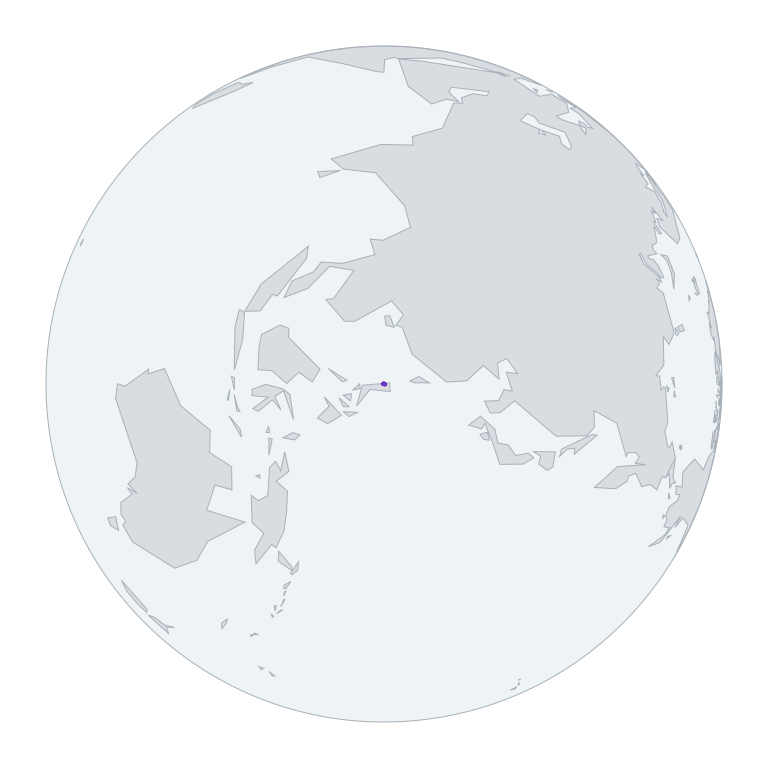 Abra on an orthographic globe, rotated 84°
{"feature_id": "PHL-2542", "entity_name": "Abra", "entity_type": "Province", "adm_level": 1, "iso_a3": "PHL", "parent_name": "Philippines", "parent_adm1": "", "projection": "orthographic", "projection_center": [120.806, 17.561], "detail": "fine", "context": "on_globe", "style": "filled", "palette": "violet", "viewbox_px": 768, "rotation_deg": 84, "n_neighbors": 0, "source": "natural_earth", "source_scale": "10m", "svg_char_len": 10868}
<svg xmlns="http://www.w3.org/2000/svg" viewBox="0 0 768 768"><g transform="rotate(84 384 384)"><circle cx="384" cy="384" r="338" fill="#eef3f6" stroke="#a8b0b8"/><path d="M662.9,523.3L662.5,525.5L662.2,525.9L662.9,523.3ZM581.8,110.0L582.2,110.4L556.3,96.4L548.3,100.7L557.1,109.7L546.3,102.7L570.5,126.1L573.5,138.0L563.2,120.2L556.8,115.3L555.3,120.5L548.5,116.8L543.8,117.5L535.7,112.9L530.3,104.1L525.0,101.2L524.3,105.3L515.7,104.1L517.6,98.3L502.8,95.9L491.1,82.9L502.7,75.4L489.4,68.1L483.1,61.2L476.8,59.6L470.4,57.3L460.8,54.9L461.3,55.0L487.0,62.2L512.1,71.3L536.3,82.3L559.6,95.3L581.8,110.0ZM454.7,53.6L453.3,53.3L453.7,53.5L449.9,52.8L444.2,51.8L445.2,51.7L448.2,52.2L446.3,51.9L454.7,53.6ZM701.6,290.5L698.9,283.5L701.0,285.8L701.6,290.5ZM696.8,280.8L697.9,282.8L696.9,281.4L696.8,280.8ZM695.9,280.7L696.6,280.8L696.1,281.5L695.9,280.7ZM695.0,281.7L695.4,280.8L695.4,281.2L695.0,281.7ZM692.5,280.8L691.8,280.4L691.9,278.9L692.5,280.8ZM585.7,112.9L583.7,111.5L582.7,110.6L585.7,112.9ZM575.7,107.3L572.9,105.0L581.0,110.2L580.1,109.8L575.7,107.3ZM564.9,117.6L564.9,114.8L567.3,119.0L564.9,117.6ZM544.6,118.5L546.8,120.7L543.4,120.3L544.6,118.5ZM528.0,113.1L521.9,112.2L527.1,111.5L528.0,113.1ZM517.7,110.7L503.1,109.8L506.8,114.1L488.2,102.0L506.8,106.3L512.7,104.4L513.0,107.8L517.7,110.7ZM456.3,54.1L455.6,53.8L461.4,55.2L456.3,54.1ZM460.9,55.2L484.2,62.3L482.4,62.9L474.9,60.0L476.8,62.3L464.4,59.0L460.7,57.1L464.3,57.1L456.8,56.0L460.9,55.2ZM480.3,96.0L475.9,94.8L479.5,94.5L480.3,96.0ZM448.8,52.7L453.6,53.8L452.4,54.3L442.4,52.3L446.0,52.7L448.8,52.7ZM483.3,64.9L480.6,65.3L469.9,62.6L467.4,62.5L464.0,59.1L483.3,64.9ZM443.4,52.1L437.4,51.4L432.8,50.3L443.9,51.8L443.4,52.1ZM456.3,55.4L455.2,55.6L452.5,54.8L456.3,55.4ZM413.3,47.4L419.1,48.0L413.3,47.4ZM435.4,51.2L437.0,51.6L437.6,51.9L432.8,51.3L435.4,51.2ZM456.7,57.7L452.7,56.7L457.5,58.9L449.7,57.5L448.8,55.6L445.9,55.9L443.5,55.5L445.5,54.5L456.7,57.7ZM429.8,51.9L426.0,50.0L415.1,48.5L415.0,48.1L432.4,50.7L429.8,51.9ZM438.8,53.4L433.2,52.3L435.8,52.1L441.3,52.8L438.8,53.4ZM444.6,57.4L456.9,60.0L456.7,60.4L444.6,57.4ZM426.1,51.4L427.1,52.0L425.0,51.3L426.1,51.4ZM438.4,55.4L442.7,56.2L442.3,56.6L438.4,55.4ZM425.4,52.7L424.2,51.9L427.9,52.2L425.4,52.7ZM430.9,53.9L429.4,54.4L430.0,52.7L432.9,54.2L430.9,53.9ZM437.3,55.7L438.5,56.2L435.5,55.4L437.3,55.7ZM412.1,52.6L412.0,50.5L420.2,50.9L419.2,52.7L412.1,52.6ZM99.8,201.2L103.8,195.5L94.1,215.8L94.6,222.8L114.1,199.3L113.3,187.1L124.0,172.9L133.2,171.9L135.5,184.6L139.7,179.6L147.3,162.6L157.1,157.4L151.0,156.3L146.6,162.7L142.8,162.7L146.5,157.0L149.8,155.0L151.7,149.9L135.5,161.9L129.3,169.7L128.7,164.7L118.3,177.7L114.9,180.9L131.2,160.5L136.6,154.7L159.3,131.7L154.8,135.7L177.0,116.9L200.8,100.1L198.7,101.6L214.2,92.5L214.7,92.8L205.4,97.7L197.2,103.0L191.1,110.5L193.8,109.8L204.4,103.7L201.3,107.3L212.4,100.5L215.3,103.4L221.0,94.8L233.6,89.1L242.4,87.7L247.6,84.7L233.2,87.1L226.5,89.7L219.2,94.2L201.9,101.9L201.2,101.2L223.2,88.4L224.6,86.5L241.1,78.8L269.8,74.5L275.1,77.5L256.5,93.4L247.8,95.2L250.1,89.9L235.9,99.7L242.8,96.4L240.3,99.9L251.7,96.6L250.5,98.9L263.5,92.3L263.3,94.8L255.1,99.0L271.7,97.8L274.8,103.1L279.1,101.8L282.9,99.0L284.2,108.4L287.4,107.1L288.2,103.4L295.0,98.8L307.5,94.6L307.3,98.0L302.7,100.0L292.8,110.0L280.8,115.5L281.9,116.6L292.4,112.7L304.5,100.4L312.1,97.0L307.6,102.6L309.8,100.3L313.5,99.8L317.0,102.7L322.5,96.8L363.6,90.1L374.4,96.4L365.8,101.3L394.3,103.7L404.2,112.8L404.9,109.0L419.0,109.1L416.1,106.1L417.5,104.5L452.5,105.9L460.5,109.7L476.3,108.3L476.7,106.7L471.7,103.5L488.2,102.0L506.8,114.1L505.0,117.0L517.8,123.6L511.9,129.7L513.0,138.5L499.1,143.0L501.2,150.4L506.0,152.3L512.4,164.6L508.9,185.5L490.5,160.2L491.6,132.1L489.3,142.3L483.5,137.9L478.8,140.5L477.7,148.5L481.5,150.7L447.4,156.6L432.3,178.0L448.7,179.1L456.7,187.8L453.9,218.3L414.4,255.8L424.7,271.8L423.8,281.4L411.6,285.8L412.5,271.7L402.1,265.2L404.5,257.2L385.1,261.1L387.7,249.9L371.4,259.3L375.1,269.0L391.3,269.0L376.0,283.2L389.5,301.5L388.6,321.5L357.3,352.9L329.3,359.9L327.0,366.1L317.2,357.4L302.1,367.8L318.6,406.4L317.4,416.7L293.9,432.9L293.8,425.2L267.8,402.1L261.3,425.9L280.9,449.6L287.6,474.4L271.8,464.5L265.2,442.5L256.1,433.7L259.7,412.7L254.4,379.5L238.5,382.6L240.9,370.0L231.1,341.3L209.0,344.8L173.0,370.3L166.1,401.8L154.6,412.9L145.4,361.8L149.5,330.0L140.9,330.0L135.7,299.2L111.8,285.2L113.0,276.3L107.5,277.3L104.6,265.3L108.2,251.3L104.3,249.1L95.8,286.2L100.5,289.0L110.9,280.2L107.2,292.5L110.6,307.4L90.2,328.9L62.3,335.4L67.3,311.1L86.5,238.5L90.2,232.5L90.7,231.7L91.4,230.3L85.1,239.4L91.0,226.1L72.4,273.3L65.9,292.4L61.8,336.4L60.3,339.1L61.3,349.5L74.0,351.5L72.4,359.2L61.6,389.9L50.8,425.1L56.7,461.0L63.6,489.1L65.1,495.8L58.1,473.3L52.6,450.3L48.8,427.0L46.6,403.4L46.1,379.8L47.2,356.2L50.0,332.8L54.4,309.6L60.4,286.7L68.0,264.3L77.1,242.6L87.7,221.5L99.8,201.2ZM151.3,139.0L131.7,159.6L134.4,156.3L127.9,163.5L133.9,156.7L134.6,156.0L134.8,155.7L151.3,139.0ZM129.9,213.0L136.4,221.1L147.3,202.2L150.7,204.1L153.1,197.4L148.0,200.8L156.0,183.5L163.8,182.3L170.1,175.3L168.2,172.4L152.6,177.6L141.0,201.9L133.7,206.7L129.9,213.0ZM290.7,59.2L289.1,59.7L286.0,60.6L290.7,59.2ZM435.9,50.1L439.8,50.7L437.1,50.5L430.7,49.8L426.3,49.2L429.4,49.3L421.1,48.5L422.2,48.3L416.0,47.7L411.7,47.2L435.9,50.1ZM376.5,46.2L376.1,46.2L383.1,46.6L397.2,47.1L400.1,47.7L393.7,47.5L401.1,48.3L391.1,48.7L392.9,49.3L384.9,50.8L371.6,50.9L374.7,51.7L368.7,53.5L357.5,54.3L363.0,52.5L346.6,55.0L347.6,53.1L345.6,53.5L342.1,52.7L334.4,52.7L336.4,51.9L332.5,52.3L330.1,52.1L325.4,52.7L327.5,51.6L321.9,52.3L326.1,51.5L316.0,53.2L324.4,51.6L322.0,51.8L315.1,53.3L319.4,52.3L347.8,48.0L376.5,46.2ZM409.5,52.9L393.4,52.4L386.0,51.4L403.0,49.4L402.8,48.8L413.4,48.5L423.9,50.2L419.9,50.0L418.4,50.3L415.7,49.6L416.8,50.4L411.3,50.4L410.6,51.2L405.6,50.7L409.5,52.9ZM205.3,98.1L205.3,98.6L202.6,100.2L199.5,101.9L205.3,98.1ZM309.1,64.8L313.4,63.1L315.0,63.2L327.1,60.7L327.3,62.5L320.1,64.7L309.1,64.8ZM110.1,201.6L106.0,204.4L107.6,200.8L108.7,200.5L110.1,201.6ZM111.7,185.7L108.1,192.4L110.4,187.4L111.7,185.7ZM311.3,66.3L316.3,65.0L313.3,66.8L311.3,66.3ZM328.1,63.7L325.8,65.6L328.7,62.4L328.1,63.7ZM208.3,667.4L215.3,671.7L211.9,670.5L208.3,667.4ZM77.0,501.7L89.9,545.8L85.8,541.3L78.2,525.4L68.7,497.1L71.1,493.9L70.4,482.7L77.0,501.7ZM373.3,538.0L383.8,540.2L383.5,541.6L373.3,538.0ZM362.3,532.0L374.2,533.5L360.3,535.0L362.3,532.0ZM378.9,534.1L391.0,532.2L396.2,530.2L395.4,533.2L378.9,534.1ZM354.3,531.4L311.4,526.2L294.7,520.0L298.4,515.2L325.4,520.0L354.3,531.4ZM297.1,514.8L271.9,495.8L239.1,444.8L250.8,447.8L285.4,480.9L283.1,485.3L298.4,499.7L297.1,514.8ZM359.0,494.0L356.6,507.9L332.8,504.1L322.0,500.6L314.6,481.4L318.7,472.7L327.5,474.1L362.5,446.1L374.5,455.1L363.4,467.4L373.3,480.8L359.0,494.0ZM167.1,405.2L171.9,426.2L165.9,427.7L167.1,405.2ZM377.5,425.2L362.8,437.8L376.5,420.4L377.5,425.2ZM386.1,408.3L386.6,415.5L381.2,408.1L386.1,408.3ZM325.8,375.8L316.6,376.3L316.7,371.2L328.8,367.7L325.8,375.8ZM387.7,338.5L386.0,353.2L383.7,358.0L380.2,348.7L387.7,338.5ZM320.1,85.8L303.1,86.6L291.0,89.8L284.3,95.0L286.4,88.7L305.0,83.7L320.1,85.8ZM358.2,88.8L364.0,85.2L366.4,87.3L365.4,88.4L358.2,88.8ZM358.2,86.3L356.0,81.3L362.4,79.7L362.9,83.9L358.2,86.3ZM332.9,71.9L327.9,71.8L330.4,70.2L332.9,71.9ZM583.1,643.3L586.4,643.9L576.7,652.2L563.6,661.2L551.8,665.7L583.1,643.3ZM488.4,672.8L487.9,664.8L501.9,663.2L496.2,670.7L488.4,672.8ZM592.3,636.3L600.9,627.3L604.2,617.8L603.2,625.9L610.0,624.1L589.3,642.6L592.3,636.3ZM436.6,637.8L370.6,652.4L355.9,649.0L359.1,641.6L344.6,616.6L349.3,617.5L345.6,600.7L384.3,588.5L411.9,561.7L434.0,564.6L450.4,544.2L473.4,546.3L466.8,562.6L491.0,573.6L506.8,536.7L522.0,575.6L539.8,588.5L545.3,611.4L514.9,650.5L497.1,658.4L493.4,655.3L486.1,659.2L474.3,658.0L467.4,646.2L460.2,650.0L467.0,640.9L456.6,649.0L450.3,641.2L436.6,637.8ZM601.3,564.5L604.8,565.1L610.3,570.7L604.8,570.4L601.3,564.5ZM654.0,533.4L655.6,536.1L652.0,537.8L654.0,533.4ZM662.2,525.9L657.9,528.3L662.9,523.3L662.2,525.9ZM619.4,539.8L621.2,542.0L619.7,543.0L619.4,539.8ZM618.0,539.2L620.1,535.1L619.8,539.0L618.0,539.2ZM601.3,520.2L603.4,517.9L604.3,519.4L601.3,520.2ZM399.4,541.5L414.0,531.7L422.0,531.3L399.4,541.5ZM598.2,516.1L592.9,516.3L593.4,514.1L598.2,516.1ZM598.5,511.1L597.9,508.2L601.3,514.9L598.5,511.1ZM588.3,505.2L594.8,510.1L587.5,505.9L588.3,505.2ZM584.4,506.2L579.7,504.2L580.1,503.2L584.4,506.2ZM532.0,512.6L549.5,530.1L535.6,530.0L519.9,519.1L508.0,529.6L480.7,527.7L486.8,521.3L483.0,511.3L455.1,506.5L449.5,499.8L459.3,495.8L441.0,489.8L461.0,487.7L469.3,501.4L480.7,491.2L500.5,494.2L519.9,498.8L535.7,508.6L532.0,512.6ZM461.3,517.1L464.8,517.3L461.8,521.1L461.3,517.1ZM570.8,497.3L577.6,503.5L576.8,505.1L573.5,504.3L570.8,497.3ZM539.3,506.2L556.2,494.8L560.2,494.9L549.1,507.7L539.3,506.2ZM552.0,487.7L559.9,489.1L564.2,495.2L562.6,496.9L552.0,487.7ZM420.4,502.8L419.6,506.5L414.5,503.2L420.4,502.8ZM427.1,501.0L442.7,505.9L425.7,504.1L427.1,501.0ZM380.3,484.6L384.8,493.9L398.9,489.3L388.1,496.6L397.9,511.8L394.7,517.0L385.0,500.6L381.8,516.5L375.6,515.7L372.0,501.5L378.2,485.1L384.5,478.6L410.1,477.6L380.3,484.6ZM426.9,490.2L422.8,479.6L425.9,472.9L430.3,478.6L426.9,490.2ZM410.9,453.8L400.4,441.0L390.5,444.8L410.7,429.5L417.5,444.3L410.9,453.8ZM402.4,426.7L393.1,430.1L402.9,421.1L402.4,426.7ZM390.9,425.9L390.2,417.4L397.4,419.1L390.9,425.9ZM407.2,427.4L409.4,413.3L412.8,422.0L407.2,427.4ZM388.0,398.4L402.8,413.4L383.0,405.8L383.5,378.4L392.1,378.6L388.0,398.4ZM444.1,293.8L442.8,286.1L450.9,285.1L449.5,290.6L444.1,293.8ZM476.0,277.2L452.6,282.4L433.6,287.7L438.9,291.6L433.7,304.0L426.2,291.4L440.4,278.5L454.6,277.0L457.7,266.7L468.8,260.6L467.9,247.7L473.1,242.7L478.2,254.2L476.0,277.2ZM466.9,242.3L469.4,220.6L484.2,224.9L487.0,230.6L479.6,238.5L472.2,235.7L466.9,242.3ZM474.4,216.9L467.3,214.2L456.0,182.6L457.3,177.3L473.7,202.2L467.8,201.2L468.0,208.6L474.4,216.9ZM476.7,96.7L476.0,95.0L479.3,96.8L476.7,96.7ZM415.6,102.9L418.1,100.9L421.8,102.7L415.6,102.9ZM426.9,96.9L421.0,96.1L427.4,95.4L426.9,96.9ZM407.6,95.2L418.6,95.2L407.9,97.3L407.6,95.2Z" fill="#d9dde1" stroke="#a8b0b8" stroke-width="1"/><path d="M384.5,381.7L384.9,381.7L385.0,381.7L385.0,381.8L385.1,382.1L385.2,382.3L385.3,382.4L385.6,382.4L385.7,382.5L385.8,383.2L385.8,383.3L385.7,383.4L385.7,383.6L385.7,383.8L385.8,383.9L385.7,384.1L385.3,384.3L385.1,384.4L385.1,384.6L385.0,385.0L384.7,385.6L384.6,385.8L384.6,386.1L384.4,386.2L384.2,386.1L383.9,386.1L383.8,386.3L383.7,386.4L383.4,386.3L383.3,386.1L383.3,385.9L383.2,385.7L382.9,385.6L382.7,385.5L382.6,385.4L382.5,385.1L382.7,384.8L382.8,384.7L382.7,384.4L382.4,384.3L382.1,384.4L382.2,383.8L382.3,383.6L382.4,383.4L382.5,383.2L382.7,382.8L382.8,382.6L383.1,382.4L383.3,382.4L383.7,382.0L383.8,381.9L384.1,381.7L384.3,381.7L384.5,381.7Z" fill="#8b5cf6" stroke="#5b21b6" stroke-width="1.5"/></g></svg>